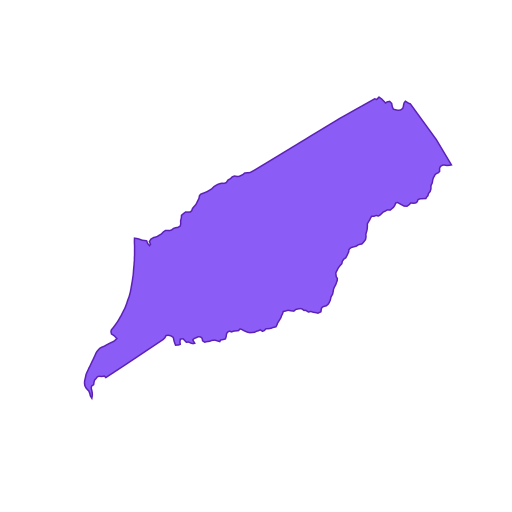 Nova Viçosa, Bahia, Brazil (Equal Earth projection), rotated 148°
{"feature_id": "56859067B39841375206009", "entity_name": "Nova Viçosa", "entity_type": "district", "adm_level": 2, "iso_a3": "BRA", "parent_name": "Brazil", "parent_adm1": "Bahia", "projection": "equal_earth", "projection_center": [-39.643, -17.887], "detail": "fine", "context": "isolated", "style": "filled", "palette": "violet", "viewbox_px": 512, "rotation_deg": 148, "n_neighbors": 0, "source": "geoboundaries", "source_scale": "gbopen_adm2", "svg_char_len": 4569}
<svg xmlns="http://www.w3.org/2000/svg" viewBox="0 0 512 512"><g transform="rotate(148 256 256)"><path d="M230.5,174.3L228.4,176.8L226.7,177.5L224.5,177.1L222.8,176.5L220.3,176.9L218.8,177.6L216.5,179.1L214.0,181.6L211.2,183.1L208.9,185.5L207.7,186.9L206.1,188.0L203.5,189.5L200.1,192.2L198.9,193.9L198.9,196.0L197.3,199.4L195.1,200.7L192.5,202.3L189.6,203.4L187.3,204.0L185.7,205.7L183.3,206.8L180.8,206.9L178.1,208.5L175.1,210.5L173.9,212.1L172.4,212.6L170.5,212.7L168.3,212.0L165.7,211.2L163.5,211.3L161.7,210.9L159.9,210.1L158.3,210.5L156.4,211.1L154.4,211.9L152.5,214.0L151.5,216.0L150.2,217.3L148.9,218.4L147.4,220.0L145.9,222.0L144.5,224.3L142.4,225.4L140.1,226.6L138.4,227.7L136.8,228.4L135.0,227.2L132.6,226.7L131.1,225.1L129.1,225.0L127.0,225.4L124.9,225.9L122.8,225.6L120.2,225.5L117.8,223.8L116.1,224.1L113.7,224.4L111.6,225.3L109.5,226.9L107.6,226.4L106.3,224.0L105.0,221.7L104.0,219.9L101.6,218.2L98.6,218.4L96.7,219.0L94.5,217.3L92.3,216.3L90.5,216.6L88.6,218.0L86.4,217.5L84.7,216.5L83.2,215.7L81.6,214.7L79.9,215.6L78.3,216.0L76.6,217.6L74.2,218.4L72.2,220.1L70.3,223.0L67.8,224.6L65.5,227.2L64.0,228.4L62.3,229.3L60.8,230.2L58.9,230.3L57.2,230.0L55.4,230.5L54.0,232.9L52.6,234.0L51.1,234.3L49.3,234.1L47.9,233.2L46.3,231.7L44.1,230.5L42.0,229.7L41.4,259.1L44.5,303.2L45.8,305.0L47.3,308.1L49.3,307.3L50.7,306.0L52.1,304.4L53.5,303.4L56.1,303.2L58.4,304.3L59.8,305.7L61.7,307.7L61.3,310.4L60.1,313.5L60.7,316.3L63.2,317.2L65.1,317.1L65.5,319.2L66.2,322.5L67.5,325.6L70.8,324.8L72.0,326.4L111.9,328.3L146.3,328.8L150.3,328.8L152.6,328.8L157.0,328.9L166.5,329.0L211.6,329.6L216.9,329.9L219.6,331.4L221.8,332.4L223.5,332.0L225.7,332.2L228.3,332.5L229.8,333.4L232.0,335.3L234.2,335.7L236.7,335.1L239.3,335.3L242.4,334.0L244.5,334.5L246.8,336.0L249.1,336.7L250.7,337.0L252.6,337.1L254.9,337.1L258.0,336.4L260.3,336.4L263.3,336.5L266.5,337.0L268.2,337.4L270.2,337.7L272.0,337.1L273.8,335.1L276.6,333.4L278.3,332.3L279.7,331.5L282.5,330.7L284.6,330.0L286.4,328.6L288.4,328.1L290.9,329.6L292.4,330.6L294.8,330.4L297.6,330.0L299.2,327.8L301.3,325.8L302.7,323.3L304.3,321.6L306.9,321.6L309.0,322.5L311.4,323.1L313.7,322.8L315.7,323.3L317.3,324.4L319.2,325.6L321.8,325.5L324.6,324.8L327.5,324.9L329.7,324.9L331.3,325.3L332.9,325.9L336.1,326.0L338.8,324.7L339.2,321.9L340.8,321.2L341.3,324.2L340.7,326.8L342.3,328.2L344.1,329.6L346.0,332.1L347.7,333.9L349.6,335.5L351.0,333.4L352.3,331.3L353.4,329.3L355.0,326.7L356.6,324.2L357.7,322.4L358.8,320.7L360.1,318.9L361.3,316.9L362.4,315.5L363.7,313.7L364.8,312.2L366.0,310.7L368.0,308.0L369.8,305.5L371.3,303.7L372.6,302.2L374.2,300.3L376.0,298.3L377.8,296.3L379.1,294.8L380.5,293.3L381.9,291.8L383.4,290.4L385.0,288.9L387.1,287.3L388.8,286.0L390.0,284.9L391.4,283.8L393.1,282.5L395.0,281.1L396.9,280.0L398.9,278.8L400.7,277.7L402.1,276.8L403.8,276.0L405.4,275.1L408.3,273.6L410.5,272.7L412.7,271.8L415.6,270.7L417.8,270.0L419.1,268.7L419.9,266.5L418.5,263.5L417.7,259.7L421.3,259.0L423.6,259.2L425.9,259.5L429.9,259.8L432.6,259.9L435.0,260.4L437.4,260.5L439.3,260.0L441.5,259.3L443.4,258.3L445.2,257.0L447.1,255.8L449.2,254.4L450.9,253.4L452.4,252.4L454.1,251.3L455.6,250.3L457.0,249.6L458.5,248.5L460.6,247.2L463.0,245.5L464.7,243.7L466.2,242.2L467.5,240.9L468.8,239.1L469.8,236.9L470.1,234.5L469.8,232.2L469.3,230.0L469.9,227.2L470.6,225.1L470.6,222.4L468.6,224.6L467.3,226.9L466.4,229.3L465.7,231.5L464.1,232.9L461.9,232.9L460.0,235.1L458.6,236.3L456.7,236.8L454.6,237.6L453.0,237.3L450.6,235.5L448.2,234.5L447.8,232.5L424.6,233.0L379.0,234.4L376.7,234.9L374.5,236.2L372.5,235.4L370.5,233.4L369.3,230.8L370.5,227.4L371.0,225.5L371.5,223.0L368.6,221.5L367.0,221.3L366.1,223.4L364.2,225.6L361.7,224.4L360.8,219.8L358.8,218.8L357.2,216.4L355.8,215.0L354.2,214.5L354.1,218.4L352.0,218.8L350.2,218.4L347.9,218.2L346.0,216.9L345.3,214.8L346.2,212.4L345.2,210.1L343.2,209.5L340.7,208.3L338.1,207.8L335.4,206.4L333.3,204.0L332.1,202.6L330.6,203.5L327.9,202.5L325.9,201.9L324.2,203.3L322.0,205.8L320.3,206.5L318.3,206.3L317.0,204.6L314.7,204.1L312.8,203.2L310.4,202.0L308.1,202.6L306.9,201.1L305.9,199.3L304.7,197.4L303.5,195.8L301.8,194.2L300.3,193.4L297.7,192.1L295.3,191.9L293.6,191.3L291.6,191.2L290.4,188.7L288.5,188.4L286.1,189.0L283.7,187.6L281.4,186.7L279.6,186.4L276.6,185.4L274.7,186.5L273.2,187.7L270.9,188.8L267.6,190.5L265.9,191.9L264.3,192.8L262.3,194.5L260.4,193.8L257.6,193.0L255.5,191.1L253.1,189.2L250.6,189.6L248.0,188.7L246.1,187.8L244.9,186.5L244.2,184.5L242.6,183.5L241.2,180.7L238.9,179.9L237.2,177.9L235.1,176.1L233.8,174.7L230.5,174.3Z" fill="#8b5cf6" stroke="#5b21b6" stroke-width="1.5"/></g></svg>